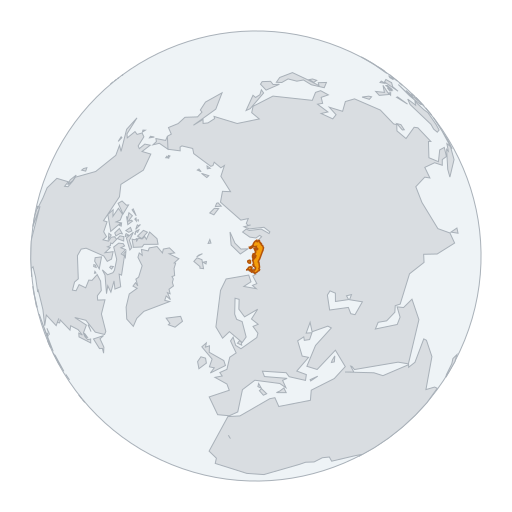 Nenets highlighted on a globe, orthographic projection, rotated 292°
{"feature_id": "RUS-2381", "entity_name": "Nenets", "entity_type": "Autonomous Province", "adm_level": 1, "iso_a3": "RUS", "parent_name": "Russia", "parent_adm1": "", "projection": "orthographic", "projection_center": [54.749, 68.144], "detail": "fine", "context": "on_globe", "style": "filled", "palette": "amber", "viewbox_px": 512, "rotation_deg": 292, "n_neighbors": 0, "source": "natural_earth", "source_scale": "10m", "svg_char_len": 16457}
<svg xmlns="http://www.w3.org/2000/svg" viewBox="0 0 512 512"><g transform="rotate(292 256 256)"><circle cx="256" cy="256" r="225" fill="#eef3f6" stroke="#a8b0b8"/><path d="M185.2,42.1L187.6,41.5L221.2,37.1L199.6,38.1L209.7,35.9L220.7,34.8L217.9,35.7L229.9,36.7L241.0,36.8L253.4,42.3L254.5,54.1L248.9,52.4L249.8,55.7L256.9,58.1L261.4,59.0L274.3,75.7L296.8,88.3L307.5,88.0L302.4,91.7L325.0,88.6L339.5,93.9L320.9,90.6L317.3,92.4L326.0,97.2L324.2,100.2L327.4,104.3L324.5,107.4L313.9,105.5L311.8,107.6L318.1,111.0L319.1,116.4L310.2,111.2L311.1,120.3L293.4,119.4L271.8,103.9L259.8,107.2L231.6,101.4L231.9,105.1L221.4,105.7L217.9,110.2L213.7,108.1L214.5,113.7L219.1,114.7L220.9,117.6L219.3,120.5L213.6,118.2L213.6,116.4L211.1,117.2L208.9,114.9L209.1,117.7L202.4,114.7L206.5,121.9L199.0,123.2L195.3,120.1L199.0,114.9L199.6,95.6L196.9,91.3L189.4,90.3L168.2,99.8L163.9,97.5L155.6,98.6L156.4,102.2L163.2,102.7L162.7,110.0L171.0,110.0L172.0,113.1L179.3,115.7L174.5,121.3L166.0,125.5L159.7,123.8L155.8,125.7L158.8,132.4L144.3,134.4L129.8,145.0L126.5,145.0L125.2,135.5L132.7,122.4L131.1,111.0L128.4,124.6L120.0,124.8L117.1,127.6L115.4,131.4L117.1,133.8L113.5,135.3L114.7,122.2L118.1,120.6L117.6,124.7L121.1,118.6L121.9,110.3L117.6,111.3L123.4,98.4L120.4,99.0L120.0,96.7L124.3,96.5L116.6,96.8L122.7,83.7L112.2,86.2L126.5,78.5L134.1,73.1L142.5,67.0L140.8,67.1L154.1,59.4L162.5,53.3L160.2,52.4L152.6,55.8L168.7,48.3L185.2,42.1ZM144.4,60.3L137.3,64.5L135.4,66.0L126.4,72.4L127.1,71.2L144.4,60.3ZM60.7,143.7L58.1,148.3L58.3,147.9L60.7,143.7ZM363.9,58.3L363.6,58.1L360.7,56.6L362.8,57.6L363.9,58.3ZM365.4,59.3L365.1,59.0L365.8,59.5L365.4,59.3ZM367.3,60.3L366.0,59.6L367.6,60.5L367.3,60.3ZM369.9,61.9L368.5,61.1L369.9,61.9ZM110.4,86.2L91.6,103.7L99.8,94.6L98.7,96.0L104.0,91.4L113.0,83.6L120.9,76.7L110.4,86.2ZM373.5,64.3L374.4,64.9L373.0,64.0L373.5,64.3ZM107.6,92.0L110.7,89.2L108.0,91.9L107.6,92.0ZM263.7,59.0L257.3,57.9L251.5,54.7L257.0,55.2L263.7,59.0ZM274.5,66.1L270.9,66.3L270.3,62.2L272.5,63.4L274.5,66.1ZM315.5,87.3L310.6,85.3L316.0,86.3L315.5,87.3ZM328.4,104.3L330.4,104.0L331.2,106.3L328.4,104.3ZM181.4,112.4L180.3,114.0L179.5,112.7L181.4,112.4ZM185.5,112.1L185.4,109.5L187.3,108.9L187.4,110.6L185.5,112.1ZM327.5,113.3L328.2,117.2L325.6,112.9L327.5,113.3ZM185.3,115.5L190.7,108.4L194.2,107.5L197.3,113.1L185.3,115.5ZM327.4,119.2L329.3,128.9L333.8,129.0L322.0,134.4L324.3,124.2L320.5,118.8L324.8,120.8L327.4,119.2ZM221.2,113.9L216.3,112.8L221.9,111.1L221.2,113.9ZM224.4,112.1L238.9,103.1L245.4,106.2L239.2,108.5L248.7,110.6L244.7,116.6L238.5,116.7L235.2,113.5L236.2,118.3L224.4,112.1ZM315.2,136.0L314.1,138.1L313.3,135.5L315.2,136.0ZM222.1,118.6L224.5,116.4L230.3,119.0L226.5,123.8L225.9,121.4L222.1,118.6ZM253.2,108.4L256.8,111.2L254.6,116.8L255.6,118.7L245.2,117.0L253.2,108.4ZM223.7,122.3L224.5,126.2L220.3,127.7L220.2,120.9L223.7,122.3ZM233.3,117.6L235.9,119.1L233.2,119.8L233.3,117.6ZM205.8,135.4L208.5,132.5L211.7,133.6L205.8,135.4ZM225.1,127.6L226.5,127.1L228.1,127.2L227.7,130.0L225.1,127.6ZM244.3,121.1L242.6,122.9L248.5,122.0L247.0,126.3L240.3,124.4L242.5,127.0L242.1,128.4L237.1,125.4L244.3,121.1ZM232.1,133.4L223.0,132.8L217.3,137.7L214.3,136.8L224.1,129.1L232.1,133.4ZM235.5,128.9L232.7,131.5L230.3,129.1L230.8,125.8L235.5,128.9ZM248.4,129.9L252.4,123.8L253.7,124.5L248.4,129.9ZM230.9,135.3L233.1,135.4L230.8,135.9L230.9,135.3ZM243.6,132.0L244.8,129.8L246.3,130.5L243.6,132.0ZM236.5,137.6L233.6,137.4L233.8,135.1L236.5,137.6ZM240.1,135.5L241.9,137.1L235.6,134.5L240.4,134.3L240.1,135.5ZM244.8,133.1L246.0,132.9L244.0,134.0L244.8,133.1ZM237.4,146.4L229.5,143.7L230.0,138.7L237.6,142.0L237.4,146.4ZM108.7,426.4L111.1,427.6L108.4,423.3L94.1,403.0L97.1,399.3L93.8,393.1L86.8,387.0L83.4,379.3L79.4,374.7L56.3,345.2L51.0,328.9L48.4,295.9L53.7,295.0L57.5,285.6L96.6,290.1L101.7,301.0L128.8,322.2L131.7,326.6L125.0,333.5L142.6,360.5L152.3,357.5L171.7,374.5L186.9,380.2L198.4,364.9L173.7,355.2L172.8,344.5L195.4,344.7L217.5,352.8L217.9,348.9L206.8,336.4L214.8,331.0L203.3,331.4L205.8,336.6L198.6,337.0L195.9,332.4L198.9,330.6L193.0,326.4L180.5,336.3L181.7,342.7L164.6,336.9L164.9,347.1L159.2,348.5L156.5,332.0L159.1,327.7L151.6,305.1L147.4,309.0L154.2,330.7L150.7,327.2L145.1,333.1L146.7,325.8L140.4,301.5L127.0,293.5L104.6,297.5L97.9,291.1L94.5,279.9L107.8,265.4L121.5,281.5L126.4,277.0L128.1,263.4L132.1,269.6L134.4,266.1L140.0,271.5L152.3,269.6L158.7,273.9L167.7,264.2L172.2,265.2L165.5,270.6L164.4,276.8L180.7,287.3L185.1,286.7L189.6,279.6L193.5,283.6L195.9,275.4L207.3,277.5L195.3,268.2L200.3,260.0L209.5,256.6L209.0,252.4L194.1,258.0L190.0,261.8L190.0,267.7L177.2,277.2L170.6,275.6L175.9,259.7L167.3,255.8L175.2,245.4L210.8,236.0L223.5,236.9L235.6,256.4L230.2,261.0L223.2,256.1L225.8,268.5L227.4,263.7L230.7,267.1L236.3,260.5L238.9,262.7L239.9,252.8L243.7,254.7L243.0,260.9L254.5,253.2L263.5,255.2L264.9,252.4L263.8,248.9L276.0,254.0L276.5,251.7L272.7,249.2L271.2,243.2L273.2,234.6L277.3,236.8L277.1,240.2L282.9,250.8L281.7,259.7L283.6,259.8L285.6,252.6L278.6,239.6L278.6,233.9L282.8,239.4L281.3,237.0L282.6,234.8L287.8,234.8L283.6,228.5L292.6,202.9L303.4,200.7L306.1,208.3L316.7,193.6L328.1,192.8L324.6,190.4L327.3,182.1L323.7,182.2L322.2,180.5L327.6,159.9L332.0,157.0L330.3,146.0L328.5,144.8L325.1,146.3L322.0,134.4L333.8,129.0L337.3,131.8L342.3,126.7L349.6,134.2L358.0,138.2L363.1,149.7L369.2,152.0L370.5,149.7L379.8,151.5L394.6,163.4L377.1,163.7L353.8,149.0L362.8,155.7L359.1,157.3L361.4,161.6L367.9,166.2L369.7,164.8L371.8,188.9L384.3,207.7L387.3,198.3L393.7,197.2L410.6,211.8L421.4,249.9L430.0,249.9L433.5,254.0L432.5,262.7L427.5,257.0L422.5,260.6L419.8,256.2L416.5,268.7L412.5,263.0L411.9,275.8L417.0,277.3L421.4,268.2L422.6,282.1L432.7,281.0L438.6,288.5L437.9,316.6L430.0,334.2L430.5,337.3L424.8,339.8L421.1,351.1L434.6,354.4L435.5,358.1L427.7,375.2L426.8,373.0L411.9,379.5L411.8,389.8L423.2,386.6L427.2,389.9L419.6,395.3L415.2,392.6L409.9,394.7L409.4,386.7L401.4,379.3L393.5,388.0L392.3,382.9L380.1,378.2L367.8,389.8L349.5,414.4L350.0,427.2L342.4,435.3L325.7,423.2L320.4,410.8L313.0,414.2L297.0,405.0L265.4,407.7L262.1,403.7L255.9,405.8L244.8,401.4L240.3,394.1L233.0,394.0L245.4,412.6L253.3,412.5L261.7,405.9L263.5,412.1L274.4,416.8L258.0,430.9L213.1,437.7L210.8,427.5L187.6,389.8L189.5,386.4L189.5,385.9L189.4,385.0L185.0,390.2L181.8,382.0L191.9,409.1L192.6,418.5L212.4,438.2L210.0,439.2L217.0,443.2L242.0,442.6L241.7,445.6L228.6,456.8L195.8,463.6L201.4,470.7L201.2,473.6L183.6,469.3L184.5,469.6L168.1,463.4L152.2,455.9L136.9,447.2L122.4,437.4L108.7,426.4ZM79.5,297.5L77.6,299.9L77.6,300.0L79.5,297.5ZM238.7,369.8L253.4,371.8L250.5,359.1L256.0,359.0L253.0,354.8L250.3,358.2L243.6,346.7L251.3,343.5L251.4,337.7L246.5,336.8L233.5,344.5L242.9,360.9L238.0,365.5L238.7,369.8ZM57.8,148.8L56.1,152.1L57.3,149.9L57.8,148.8ZM99.6,94.3L96.3,97.7L94.1,99.8L96.4,97.3L99.6,94.3ZM74.5,124.7L71.3,129.5L74.1,124.9L74.5,124.7ZM89.0,106.6L77.1,121.1L82.6,113.1L90.3,104.2L85.7,109.7L89.0,106.6ZM106.6,91.1L104.2,93.3L104.0,92.9L106.6,91.1ZM105.7,94.0L106.4,93.1L108.2,92.0L105.7,94.0ZM120.0,125.6L119.7,126.7L117.4,130.3L117.3,128.3L120.0,125.6ZM114.5,149.1L108.8,151.1L112.8,148.2L111.5,145.6L118.2,136.4L125.1,144.5L120.8,142.4L114.5,149.1ZM129.1,126.7L124.1,131.4L129.3,126.0L129.1,126.7ZM141.9,242.7L142.4,247.5L138.1,250.1L130.1,245.3L136.2,241.4L141.9,242.7ZM144.0,253.9L151.5,239.8L156.8,242.5L152.6,243.3L155.3,246.5L149.2,248.7L147.0,265.3L143.0,268.7L130.4,257.5L136.7,259.2L135.8,254.3L144.0,253.9ZM161.3,201.4L164.7,196.0L171.8,208.7L167.9,212.3L159.7,207.6L159.4,200.5L161.3,201.4ZM189.8,127.0L190.6,124.6L192.2,125.1L192.8,127.7L189.8,127.0ZM206.8,134.0L187.9,138.5L187.9,135.9L176.8,142.1L172.5,137.6L179.7,133.7L168.1,135.0L172.9,129.7L165.1,131.5L181.7,123.2L185.6,118.7L183.0,125.4L186.9,129.6L189.8,130.1L200.7,128.1L211.0,120.7L216.5,123.9L217.7,128.2L216.1,130.4L213.0,127.6L213.1,132.7L207.4,130.3L206.8,134.0ZM228.4,179.4L225.5,174.6L224.6,185.5L218.9,182.7L219.2,184.2L213.7,184.7L207.4,187.9L205.4,185.8L203.8,187.9L200.1,188.4L197.3,190.7L192.6,187.8L188.8,190.5L188.8,187.6L183.5,193.0L185.3,187.7L180.7,188.0L181.4,193.0L162.7,172.8L153.5,168.8L144.8,168.6L149.1,159.8L160.0,154.7L173.3,152.7L181.5,157.9L182.0,153.2L186.1,154.3L184.0,157.6L189.6,153.3L192.4,155.1L204.3,154.1L210.6,147.0L215.1,146.6L214.0,150.3L219.2,147.3L220.3,154.1L223.5,154.0L227.7,160.7L223.8,168.1L227.7,167.5L231.1,172.7L228.4,179.4ZM238.4,148.4L235.0,157.7L230.2,160.8L224.8,147.8L221.7,147.0L218.1,139.1L225.2,134.8L225.6,137.4L227.6,139.0L224.6,139.7L228.5,140.3L229.1,144.0L232.3,145.6L230.4,148.1L238.4,148.4ZM137.0,326.1L139.6,328.6L144.1,331.3L140.6,335.2L137.0,326.1ZM132.4,309.6L135.0,310.9L132.3,317.5L129.7,315.0L132.4,309.6ZM138.8,306.2L135.4,310.5L135.6,306.7L138.8,306.2ZM168.2,271.5L171.3,272.5L170.8,274.5L168.0,276.1L168.2,271.5ZM224.6,212.1L223.7,208.6L225.2,208.0L227.7,200.4L232.2,202.0L232.4,207.2L224.6,212.1ZM192.9,366.5L187.2,368.3L185.5,365.8L187.8,365.7L192.9,366.5ZM161.6,352.5L167.7,358.3L160.6,353.5L161.6,352.5ZM229.9,212.6L230.4,209.2L232.3,212.1L229.9,212.6ZM235.5,202.7L238.1,205.5L233.0,201.3L235.5,202.7ZM214.7,477.5L217.3,477.0L229.3,477.9L234.7,477.0L239.8,479.2L232.4,480.0L214.7,477.5ZM456.7,358.3L456.0,359.6L456.9,357.9L456.7,358.3ZM453.4,364.4L456.8,358.1L452.4,366.1L453.4,364.4ZM462.0,347.2L458.1,355.6L461.5,348.3L463.0,344.8L462.6,345.8L462.0,347.2ZM450.9,368.6L435.5,390.5L428.9,397.7L430.9,394.6L441.6,381.6L450.9,368.6ZM430.3,395.3L419.6,403.5L401.8,406.2L408.2,401.3L426.3,392.8L425.2,395.1L431.7,390.9L430.3,395.3ZM454.5,356.9L453.3,361.7L445.3,373.8L441.4,378.6L438.7,377.7L440.2,373.2L443.6,368.9L454.2,342.1L458.3,337.9L455.6,347.5L458.9,345.5L454.5,356.9ZM351.2,427.8L357.2,431.8L352.8,434.8L351.2,427.8ZM456.6,327.7L453.6,339.6L455.8,326.9L456.6,327.7ZM456.8,317.8L457.9,319.7L455.5,320.6L456.8,317.8ZM432.1,341.1L428.6,346.2L427.7,344.5L431.5,336.9L432.1,341.1ZM443.1,294.8L446.4,300.6L446.9,303.5L443.7,302.4L443.1,294.8ZM268.5,222.9L260.0,231.7L256.8,239.4L259.6,245.8L252.0,240.7L256.9,228.8L268.5,222.9ZM289.2,205.1L286.6,199.8L290.1,199.7L291.1,200.9L289.2,205.1ZM286.0,203.6L278.4,201.5L278.6,197.0L284.5,199.5L286.0,203.6ZM254.0,207.0L251.1,209.4L249.7,206.9L254.0,207.0ZM476.6,301.8L476.0,304.5L475.5,306.2L476.9,299.3L474.3,308.8L477.3,296.2L477.9,294.6L479.4,285.1L480.1,279.0L476.6,301.8ZM470.2,324.2L469.9,325.6L469.0,327.8L470.2,324.2ZM471.6,319.9L474.2,311.8L471.2,321.5L471.6,319.9ZM460.9,342.6L462.0,342.5L465.7,333.2L462.9,341.2L464.8,339.5L463.7,342.6L461.9,344.1L460.3,349.8L458.6,353.1L458.3,351.6L460.3,343.9L462.0,338.6L468.3,323.7L460.9,342.6ZM471.8,317.2L471.0,316.9L471.5,313.3L472.4,312.2L471.8,317.2ZM467.5,316.8L464.2,319.3L462.0,326.0L465.5,310.0L468.3,310.3L467.5,316.8ZM463.3,314.0L461.3,320.3L462.7,312.1L463.3,314.0ZM460.3,320.3L459.1,318.2L461.2,314.7L460.3,320.3ZM464.5,311.5L463.3,306.0L465.1,306.6L464.5,311.5ZM455.8,313.8L461.8,309.8L455.6,318.9L451.1,310.1L453.4,305.3L455.8,313.8ZM441.6,246.5L438.7,244.5L439.5,239.3L441.3,242.1L441.6,246.5ZM439.7,221.1L438.8,237.3L437.6,250.5L440.0,248.8L443.3,256.3L437.6,256.2L435.5,243.2L437.0,234.1L433.4,228.4L432.2,219.4L426.5,214.9L424.7,209.8L430.4,211.1L439.7,221.1ZM424.0,213.4L413.6,203.2L417.0,195.8L420.0,196.4L423.4,204.1L421.4,207.6L424.0,213.4ZM412.1,198.7L410.0,202.0L390.4,195.4L387.2,192.3L403.9,193.0L402.8,196.2L407.0,199.2L412.1,198.7ZM316.5,138.8L314.3,138.2L316.4,137.2L316.5,138.8ZM320.2,180.7L318.6,178.2L321.1,176.9L320.2,180.7ZM315.3,170.5L313.6,173.6L313.7,169.4L315.3,170.5ZM310.3,181.0L312.2,174.5L312.8,182.1L310.3,181.0Z" fill="#d9dde1" stroke="#a8b0b8" stroke-width="1"/><path d="M239.5,261.4L239.6,261.2L239.8,261.1L239.9,260.6L240.2,260.5L240.1,260.4L240.0,260.0L240.2,259.9L240.2,259.6L240.3,259.5L240.2,259.1L240.1,258.9L239.8,258.5L239.4,258.3L239.4,258.1L239.4,257.9L239.5,257.7L240.0,256.8L240.1,256.4L240.3,256.5L240.3,256.4L240.2,256.3L240.3,256.0L240.3,255.8L240.3,255.7L240.5,255.7L240.4,255.5L240.4,255.3L240.6,255.3L240.5,255.2L240.9,255.0L240.5,255.1L240.6,254.9L240.8,254.3L240.8,254.1L239.7,252.6L240.0,252.5L240.6,253.1L242.5,253.4L242.9,253.6L243.3,253.9L243.4,254.4L244.0,255.2L243.9,255.3L244.0,255.3L244.0,255.7L244.1,256.2L244.1,256.4L244.1,256.5L243.6,256.4L243.0,256.6L242.1,256.6L242.0,256.8L241.9,257.1L241.7,257.1L241.5,257.3L241.2,257.6L241.2,257.9L241.2,258.1L241.4,258.2L242.1,258.8L242.3,259.9L242.6,260.2L243.0,260.2L243.3,260.1L243.4,260.3L243.1,260.6L243.4,260.4L243.9,260.3L244.7,260.1L244.9,260.2L245.0,260.4L245.0,260.1L245.3,259.8L245.3,259.4L245.3,259.1L245.4,258.9L245.5,258.6L245.8,258.2L245.6,257.7L246.0,257.4L246.0,257.6L246.3,257.3L246.7,257.4L247.0,257.2L247.1,257.3L247.3,257.4L247.4,257.5L247.6,257.6L247.2,257.2L247.2,256.8L246.9,256.4L247.0,256.4L247.3,256.7L247.7,256.7L249.1,255.9L248.8,256.2L249.0,256.1L249.4,255.7L249.7,255.5L250.3,254.9L250.4,255.0L250.7,255.0L251.2,254.7L251.4,254.7L252.1,254.3L252.3,254.2L252.3,254.4L252.1,254.5L252.5,254.5L252.5,254.8L252.2,255.0L252.4,255.2L252.6,255.2L252.9,254.9L253.0,254.9L253.1,254.7L252.8,254.2L253.0,254.0L253.0,253.9L252.8,254.0L252.6,254.2L253.9,253.1L254.8,252.7L255.4,252.6L255.7,252.6L255.4,252.8L254.4,253.0L254.5,253.1L254.9,253.1L255.0,253.2L254.7,253.4L254.7,253.6L254.7,253.8L254.5,254.0L254.8,254.6L254.8,255.0L254.6,255.2L254.4,254.9L254.3,255.0L254.5,255.2L254.1,255.1L253.9,255.2L253.8,255.5L254.6,255.6L254.9,255.7L255.0,255.6L255.2,255.3L255.2,255.5L255.6,255.3L255.9,255.9L256.1,255.9L256.3,255.6L256.2,255.3L256.3,255.0L256.5,254.7L256.9,254.3L257.4,254.3L257.8,254.0L258.1,254.1L258.5,254.1L259.0,254.3L259.4,254.3L259.7,254.3L259.8,254.1L260.1,253.6L260.5,253.5L260.6,253.3L260.5,253.2L260.8,252.9L260.9,253.2L261.0,253.4L261.1,253.5L261.3,253.4L261.0,253.3L261.0,253.1L261.0,252.9L261.8,252.4L262.3,252.4L262.0,252.6L261.8,252.7L262.2,252.8L262.7,253.3L262.6,253.6L262.4,253.6L262.2,253.9L262.2,254.1L262.3,254.3L262.2,254.5L262.3,254.7L263.1,255.0L263.4,254.8L263.5,254.4L263.4,254.1L263.2,253.8L263.2,253.6L263.4,253.4L263.6,253.5L264.1,253.3L264.4,253.0L264.6,252.6L264.8,252.6L264.7,252.5L264.7,252.2L264.6,251.7L264.4,251.5L264.4,251.8L264.2,251.7L264.1,251.2L263.7,250.5L263.5,250.1L263.4,250.0L263.4,249.8L263.5,249.7L264.1,249.6L264.0,249.4L264.0,249.2L264.3,248.8L264.5,248.9L265.0,249.0L265.5,249.1L266.7,249.0L267.8,249.2L268.8,249.5L269.5,249.8L270.2,250.3L269.9,250.3L269.9,250.8L270.0,250.9L270.1,250.7L270.1,250.4L270.2,250.6L269.9,251.0L269.7,251.5L269.8,251.7L269.8,251.9L269.8,252.0L270.1,252.1L270.1,251.9L270.6,252.2L270.9,252.1L271.0,252.2L271.0,252.4L271.2,252.5L271.4,252.9L271.6,253.0L271.6,253.3L271.4,253.5L270.8,253.8L270.4,253.8L270.2,254.0L270.2,254.4L270.2,254.7L270.0,254.8L270.0,255.0L269.3,255.5L269.5,255.7L269.5,255.9L269.6,256.0L269.3,256.4L269.3,256.5L268.9,256.6L268.4,257.0L268.1,257.4L268.2,258.2L266.8,259.4L266.5,259.9L264.2,260.2L263.9,260.3L263.9,260.2L254.5,260.5L252.0,260.1L251.8,260.3L251.5,260.4L251.5,260.6L251.0,260.7L251.0,260.9L250.9,261.0L251.0,261.2L246.9,263.5L245.5,263.4L245.4,263.6L245.2,263.6L244.8,264.0L244.8,264.4L244.6,264.5L244.2,264.4L243.7,264.4L242.6,263.4L241.8,263.1L241.7,263.1L240.4,262.2L240.0,261.9L239.9,261.6L239.7,261.4L239.5,261.4ZM249.8,251.8L249.8,252.0L249.6,252.3L249.5,252.1L249.7,251.8L249.3,252.1L249.1,252.3L248.9,252.8L248.4,253.0L248.2,253.2L247.2,253.3L246.9,252.7L246.9,252.2L246.8,251.9L246.9,251.6L247.0,251.4L247.1,251.1L247.5,250.6L248.0,250.3L248.5,250.3L249.6,251.4L249.8,251.8ZM263.8,249.0L263.7,249.3L263.8,249.4L263.6,249.4L263.5,249.6L263.2,249.5L262.6,249.6L262.5,249.4L262.6,249.2L262.3,248.9L262.2,248.9L261.6,248.7L261.9,249.0L261.3,248.5L261.1,248.2L261.1,247.9L260.9,247.8L261.0,247.6L260.9,247.5L261.4,247.7L261.0,247.2L261.3,247.0L261.3,246.9L261.6,246.6L261.7,246.8L262.0,247.0L262.2,247.3L262.3,247.4L262.4,247.7L262.7,247.8L262.9,248.0L263.1,248.0L263.5,248.5L263.7,248.9L263.8,249.0ZM250.8,254.4L251.3,254.5L250.8,254.6L250.3,254.9L250.4,254.7L250.8,254.4ZM262.3,251.7L262.3,251.8L262.0,251.5L261.6,251.1L262.1,251.4L262.3,251.7ZM255.3,255.3L255.4,255.5L255.2,255.6L255.3,255.4L255.3,255.3ZM254.7,255.2L254.9,255.2L254.8,255.4L254.7,255.3L254.7,255.2ZM256.9,252.8L257.1,253.0L256.7,253.0L256.7,252.9L256.9,252.8ZM255.9,252.6L255.8,252.8L255.7,252.8L255.9,252.6ZM255.2,253.4L255.5,253.5L255.2,253.4ZM247.5,253.4L248.0,253.6L247.5,253.4L247.5,253.4ZM256.3,252.9L256.4,253.0L256.2,252.9L256.3,252.9ZM249.3,252.6L249.5,252.5L249.4,252.6L249.3,252.6ZM248.9,252.8L249.1,252.7L248.9,252.8L248.9,252.8Z" fill="#f59e0b" stroke="#b45309" stroke-width="1.5"/></g></svg>